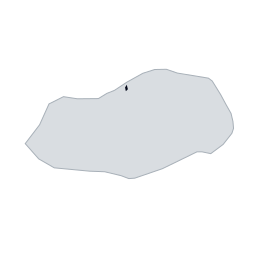 location of 21, Ad Dawhah, Qatar, rotated 256°
{"feature_id": "91078587B24677998302133", "entity_name": "21", "entity_type": "district", "adm_level": 2, "iso_a3": "QAT", "parent_name": "Qatar", "parent_adm1": "Ad Dawhah", "projection": "albers", "projection_center": [51.517, 25.298], "detail": "fine", "context": "in_parent", "style": "filled", "palette": "ink", "viewbox_px": 256, "rotation_deg": 256, "n_neighbors": 0, "source": "geoboundaries", "source_scale": "gbopen_adm2", "svg_char_len": 789}
<svg xmlns="http://www.w3.org/2000/svg" viewBox="0 0 256 256"><g transform="rotate(256 128 128)"><path d="M137.9,226.0L127.3,228.7L117.2,231.5L108.9,231.4L102.1,230.3L97.7,227.5L89.1,216.4L83.1,202.1L86.9,194.2L88.2,189.2L80.2,151.5L77.7,122.5L78.7,116.6L83.4,109.8L91.2,94.8L95.4,80.3L107.2,46.8L119.6,33.9L137.7,24.5L152.5,43.0L170.5,57.2L174.0,73.0L168.6,85.9L163.7,106.4L166.7,115.9L167.8,124.0L172.7,137.8L177.5,155.6L178.3,168.0L175.7,179.4L169.4,189.1L156.9,218.1L153.2,221.1L137.9,226.0Z" fill="#d9dde1" stroke="#a8b0b8" stroke-width="1"/><path d="M166.9,136.5L168.5,136.5L168.4,136.4L168.2,136.3L168.2,136.2L167.9,136.0L167.8,135.9L167.7,135.7L165.5,135.6L165.6,135.8L165.8,136.0L165.9,136.3L166.1,136.5L166.9,136.5Z" fill="#0f172a" stroke="#020617" stroke-width="1.5"/></g></svg>